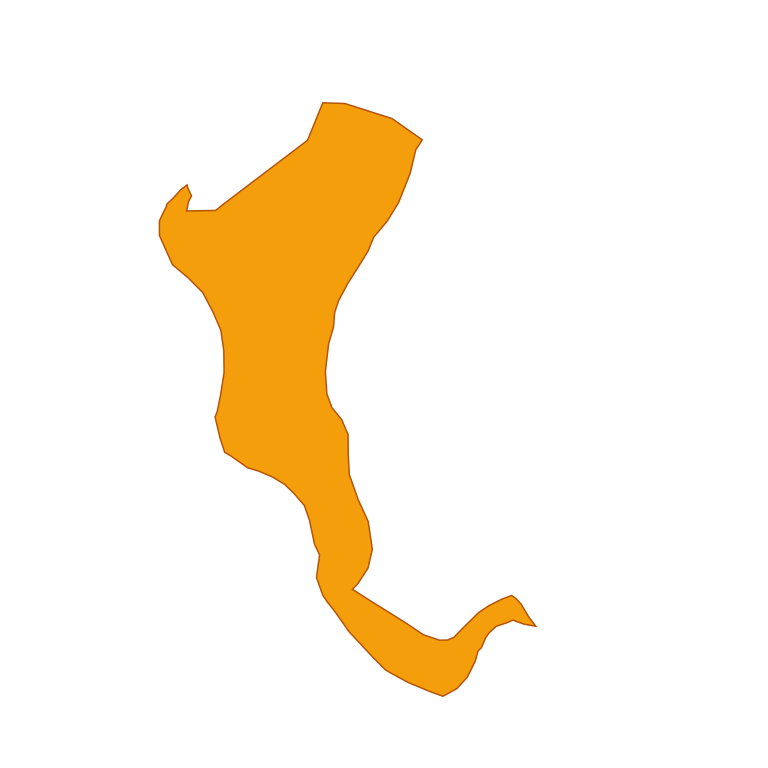 Caico/Millet, Anse-la-Raye, Saint Lucia, rotated 137°
{"feature_id": "8701671B86605125061107", "entity_name": "Caico/Millet", "entity_type": "district", "adm_level": 2, "iso_a3": "LCA", "parent_name": "Saint Lucia", "parent_adm1": "Anse-la-Raye", "projection": "robinson", "projection_center": [-60.992, 13.921], "detail": "fine", "context": "isolated", "style": "filled", "palette": "amber", "viewbox_px": 768, "rotation_deg": 137, "n_neighbors": 0, "source": "geoboundaries", "source_scale": "gbopen_adm2", "svg_char_len": 1947}
<svg xmlns="http://www.w3.org/2000/svg" viewBox="0 0 768 768"><g transform="rotate(137 384 384)"><path d="M457.3,615.6L454.8,594.7L454.2,574.6L459.8,553.8L466.7,534.5L478.7,517.3L493.1,501.5L511.3,487.2L524.5,477.8L530.1,475.0L540.8,456.3L547.1,442.7L545.2,436.3L540.8,415.5L535.2,406.1L528.9,391.8L525.1,378.2L524.5,365.3L525.1,349.5L531.4,335.2L544.0,314.4L547.7,302.9L565.3,288.6L572.8,271.4L574.1,263.5L575.3,249.1L578.5,226.9L578.5,193.9L577.9,173.9L576.0,167.4L569.7,148.8L559.6,126.6L553.9,115.5L550.9,114.6L547.8,113.9L538.3,111.5L529.8,112.2L523.4,112.7L506.4,119.0L505.3,119.7L497.0,124.7L492.6,124.7L482.7,129.1L477.7,130.1L476.7,130.3L467.3,130.3L461.8,127.8L456.3,125.3L450.8,123.4L448.6,119.1L445.3,112.7L438.2,103.3L437.9,105.8L437.1,114.6L435.5,121.8L433.8,129.7L433.8,136.6L434.3,139.6L434.9,142.3L440.4,144.6L443.7,146.0L458.5,150.4L470.6,152.3L473.3,152.2L492.1,151.7L496.8,151.5L505.8,151.0L509.7,152.5L512.4,153.6L518.2,158.9L526.2,173.7L530.1,190.5L531.7,196.9L533.4,203.4L542.1,235.8L545.2,248.0L547.1,255.3L542.7,255.6L538.8,255.9L521.2,260.3L513.8,265.3L505.3,271.0L489.3,294.3L481.6,317.5L472.8,337.5L471.2,341.4L469.9,342.9L458.0,357.1L446.4,369.7L444.8,371.5L439.3,386.6L438.4,399.0L438.2,402.3L435.3,409.1L432.7,415.5L418.4,433.1L413.8,437.0L396.9,451.3L382.1,460.1L376.5,465.2L371.1,470.1L366.8,472.4L360.6,475.8L351.0,479.1L342.5,482.1L332.7,484.6L323.2,487.1L305.0,492.1L291.3,498.4L270.9,500.9L267.5,501.8L250.0,506.6L229.4,516.3L220.9,520.4L201.1,533.6L192.8,535.6L189.5,536.5L192.5,550.6L197.1,572.6L207.7,591.5L221.4,615.9L237.0,631.4L273.7,614.4L379.3,625.1L388.7,625.7L400.6,636.4L410.3,645.1L403.0,650.5L399.7,651.7L396.5,652.8L395.4,656.3L394.8,658.3L394.0,660.4L393.5,661.7L392.2,663.9L400.6,664.7L410.9,663.7L419.6,663.7L420.5,663.3L421.4,662.9L421.8,662.4L429.6,659.5L437.1,656.4L447.0,645.7L451.1,633.7L455.5,620.9L456.9,616.8L457.3,615.6Z" fill="#f59e0b" stroke="#b45309" stroke-width="1.5"/></g></svg>